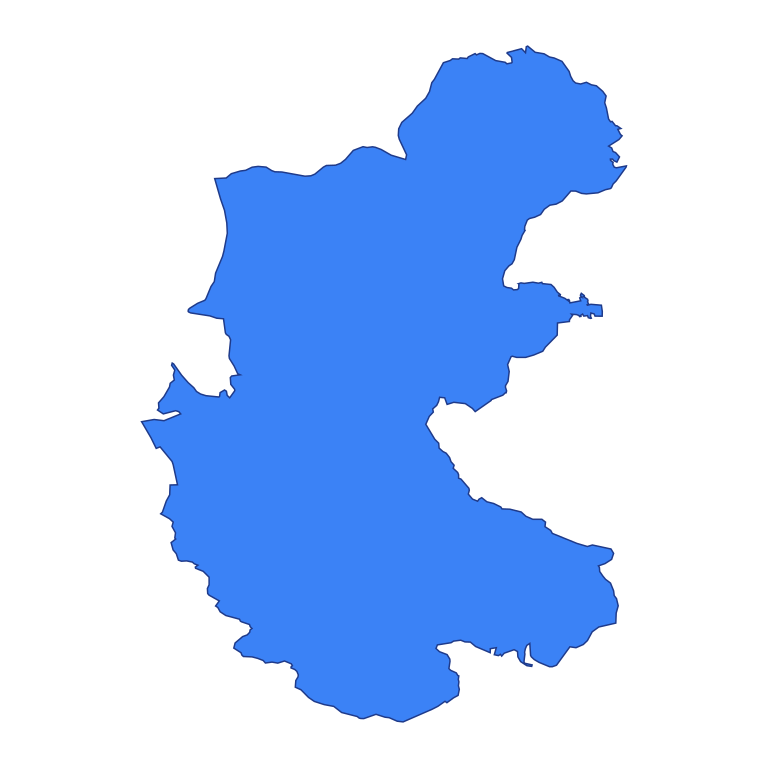 the district of Recea-Cristur, Cluj, Romania
{"feature_id": "2599482B27327294293574", "entity_name": "Recea-Cristur", "entity_type": "district", "adm_level": 2, "iso_a3": "ROU", "parent_name": "Romania", "parent_adm1": "Cluj", "projection": "natural_earth1", "projection_center": [23.552, 47.116], "detail": "fine", "context": "isolated", "style": "filled", "palette": "blue", "viewbox_px": 768, "rotation_deg": 0, "n_neighbors": 0, "source": "geoboundaries", "source_scale": "gbopen_adm2", "svg_char_len": 6090}
<svg xmlns="http://www.w3.org/2000/svg" viewBox="0 0 768 768"><path d="M611.0,549.0L592.4,545.0L587.4,546.5L576.9,543.4L552.3,533.4L550.7,530.4L545.0,526.7L545.5,522.1L541.9,519.3L532.8,519.3L525.9,516.3L521.2,512.0L509.9,509.2L502.0,508.9L500.8,507.0L493.7,503.5L486.9,501.8L481.7,497.7L479.0,499.2L477.6,501.2L472.5,499.1L468.3,494.1L469.3,490.3L468.9,488.3L461.0,479.1L458.6,478.2L458.6,474.8L457.7,472.5L453.2,468.3L454.1,465.2L451.0,461.7L449.6,457.6L446.2,453.2L442.9,451.5L439.1,448.1L438.7,443.2L434.8,439.3L425.8,424.3L429.3,416.3L433.3,412.1L432.7,408.9L436.7,405.4L438.5,401.7L439.6,397.3L444.7,397.8L447.1,404.4L453.8,402.3L465.3,403.6L472.4,408.4L475.2,411.6L491.1,400.5L491.4,399.6L502.8,395.2L505.9,392.3L506.0,393.4L506.6,390.9L505.5,387.4L505.5,385.7L508.0,381.4L509.2,371.5L507.6,364.6L511.0,356.8L512.2,356.2L516.7,357.4L525.6,357.4L533.8,355.0L542.8,351.2L545.4,347.1L557.2,335.1L557.5,323.0L569.4,321.5L569.5,319.8L572.6,315.3L571.5,314.2L576.6,314.6L578.9,315.5L579.6,316.6L580.9,316.4L580.6,315.4L582.6,314.1L583.8,316.1L587.5,315.6L588.3,317.7L590.6,318.4L591.3,318.2L590.5,316.2L590.9,313.0L594.1,313.9L595.0,316.1L602.2,316.2L602.3,311.5L601.4,305.2L590.9,304.3L587.4,305.2L587.1,304.8L588.6,304.0L587.5,301.8L588.0,300.9L587.6,299.3L583.5,296.6L584.4,296.1L584.2,295.5L581.3,293.3L580.4,295.2L581.7,297.2L580.8,296.8L579.7,297.9L580.7,300.8L569.9,302.9L569.6,301.8L568.3,300.8L569.4,300.6L568.8,299.5L566.7,299.7L564.8,298.3L558.7,295.9L558.6,295.3L560.2,295.3L560.4,294.6L557.4,292.2L554.1,287.3L551.0,284.5L542.4,283.6L541.8,282.3L538.5,283.2L532.9,282.2L524.3,283.4L520.9,282.9L518.5,283.7L518.9,283.9L518.6,288.5L517.3,289.6L513.5,289.9L511.5,288.2L506.9,287.5L503.7,285.9L502.5,278.8L504.8,270.7L508.9,265.9L512.0,263.8L514.3,259.7L516.9,247.3L520.9,239.3L522.1,235.4L525.1,230.3L524.5,229.9L524.8,226.4L527.3,220.1L529.5,218.5L534.7,217.2L540.6,214.5L544.3,209.2L549.8,205.2L556.2,204.1L562.3,200.9L570.9,191.0L575.8,191.1L581.6,193.4L586.3,193.9L598.0,192.8L605.4,189.7L610.3,188.6L611.3,187.9L613.1,184.0L616.2,180.9L626.1,167.1L626.4,165.9L616.4,167.8L614.3,167.2L612.7,164.2L613.1,162.5L610.5,160.3L610.4,159.1L612.6,159.1L613.9,160.7L616.9,162.1L619.5,156.9L615.6,152.6L613.0,151.5L611.7,148.0L608.6,146.1L619.0,139.5L622.1,135.8L620.5,134.5L617.8,129.3L620.9,128.5L617.0,125.8L615.5,125.7L612.1,121.4L610.6,121.8L608.6,119.1L606.4,107.9L604.7,102.8L606.1,96.0L602.8,91.4L596.4,85.8L591.4,84.8L586.4,82.3L580.6,84.0L575.6,83.0L573.1,80.8L570.7,76.4L569.1,71.4L562.0,61.4L554.2,58.0L549.5,57.0L544.1,53.8L535.2,52.3L527.7,46.1L526.3,46.7L525.5,52.7L521.6,48.7L507.3,52.5L507.0,53.1L511.5,57.4L512.1,62.2L511.6,62.9L506.9,63.8L505.2,62.3L495.7,60.6L482.8,53.6L479.9,53.4L476.5,54.9L475.1,53.6L468.3,56.9L467.2,58.5L460.2,57.9L458.7,59.1L452.5,58.8L450.2,60.5L443.4,62.7L434.4,79.3L431.8,82.7L429.5,91.6L425.7,98.3L417.4,106.0L412.3,113.2L401.8,122.4L398.7,128.8L398.3,135.5L399.3,139.3L406.6,154.8L405.6,159.5L391.2,155.2L381.2,149.5L375.4,147.3L372.6,146.8L367.1,147.5L363.0,146.7L353.3,150.4L345.5,159.4L340.6,163.3L335.5,165.2L326.4,165.5L323.4,167.1L314.9,174.1L310.9,175.8L305.0,176.2L281.8,172.0L274.9,171.8L271.7,170.6L266.1,167.1L258.1,166.4L252.1,167.2L245.7,170.3L240.4,171.0L231.3,173.7L226.2,178.0L214.7,178.6L220.6,199.1L224.5,210.3L226.8,223.0L227.3,233.3L223.9,251.1L222.5,256.5L215.6,273.1L214.3,281.6L211.0,286.5L206.0,298.6L204.8,300.3L197.6,303.3L189.9,308.1L188.5,309.4L188.1,311.1L188.5,311.9L190.6,312.9L209.9,315.9L216.7,318.2L223.5,318.8L225.4,332.8L226.3,334.4L229.0,336.3L230.6,339.8L229.0,355.8L229.4,358.5L234.1,366.0L237.7,373.7L240.1,374.8L231.7,376.0L230.3,377.6L230.8,384.4L234.6,389.2L234.8,390.7L229.7,397.8L227.2,395.4L226.4,391.2L224.5,390.0L220.1,392.6L219.6,396.3L218.9,397.0L206.0,395.7L200.5,394.0L196.5,391.5L193.8,387.7L188.2,382.7L181.6,375.2L173.6,363.9L172.2,363.1L171.6,365.3L174.8,370.1L173.4,375.1L174.3,380.0L170.2,383.3L169.5,387.0L163.9,396.7L158.5,402.9L158.9,408.2L157.5,410.0L163.3,413.9L175.7,410.7L178.8,411.7L180.7,413.9L164.0,420.7L154.1,419.5L141.6,421.7L151.0,437.8L156.2,448.4L160.1,446.9L172.1,461.5L173.2,464.8L177.5,484.8L170.1,485.0L169.7,494.8L166.3,501.0L162.4,512.2L160.7,513.8L169.5,518.7L173.2,522.1L172.0,526.4L175.5,532.8L174.8,538.0L175.7,539.0L171.1,542.6L173.1,549.9L176.3,553.7L178.4,560.1L181.3,561.2L186.7,560.9L192.4,562.1L194.3,563.8L197.9,565.2L195.3,567.1L195.6,568.3L203.2,571.3L209.1,577.2L209.1,584.8L207.4,588.5L207.7,593.6L209.1,595.2L219.3,600.9L215.6,606.0L217.8,607.5L220.2,611.8L225.8,615.5L239.5,619.2L240.4,621.1L241.5,621.8L249.5,624.5L250.2,626.7L252.0,628.5L250.1,629.9L249.7,632.3L247.2,634.9L242.6,636.6L235.1,643.0L233.8,648.1L241.0,652.7L241.9,655.1L243.4,656.5L252.1,656.9L257.8,658.4L263.2,660.5L265.4,663.0L272.0,662.1L277.8,663.1L284.5,661.0L291.3,663.8L292.4,665.7L291.2,666.6L291.0,667.9L294.8,669.5L296.9,671.4L298.3,674.9L298.0,676.9L295.8,680.6L295.3,687.2L301.0,689.8L308.5,697.4L314.3,701.4L324.2,704.6L333.8,706.4L341.6,712.5L357.2,716.5L359.2,718.1L360.8,718.5L363.8,718.6L376.0,714.3L385.0,717.2L389.2,717.7L397.2,721.2L403.1,721.9L432.0,709.3L437.9,706.3L445.0,701.3L446.9,702.7L453.6,697.8L458.1,695.4L459.3,689.3L458.4,685.7L458.9,681.9L458.3,679.4L458.8,675.9L457.8,675.5L456.3,672.9L450.6,670.3L448.9,668.6L450.0,661.3L449.8,659.1L447.1,654.6L439.5,651.7L436.0,648.5L437.4,644.9L451.1,642.7L453.6,641.1L460.7,640.2L465.0,641.9L470.4,642.1L475.6,646.5L490.2,652.7L490.3,648.7L496.3,647.7L494.3,654.7L498.4,655.6L500.4,654.3L501.7,656.1L504.2,653.2L514.1,649.7L517.5,651.5L517.9,656.9L520.6,661.6L526.9,665.7L531.7,666.4L532.1,664.9L525.0,663.3L524.2,662.7L524.0,661.3L524.9,654.1L524.6,652.2L525.4,648.6L526.8,645.4L529.8,643.4L530.6,655.4L531.3,656.8L534.3,659.6L539.1,662.4L549.5,666.7L552.4,666.7L556.5,665.2L569.9,646.8L576.0,647.7L583.3,644.5L587.4,640.6L592.2,631.8L598.8,627.0L615.8,623.1L616.2,613.0L618.2,605.8L616.5,598.6L614.2,595.6L613.6,590.8L610.5,583.1L605.5,579.3L602.8,576.0L599.7,571.5L599.4,567.4L598.4,565.9L605.0,563.6L611.6,559.4L613.6,553.4L611.0,549.0Z" fill="#3b82f6" stroke="#1e3a8a" stroke-width="1.5"/></svg>